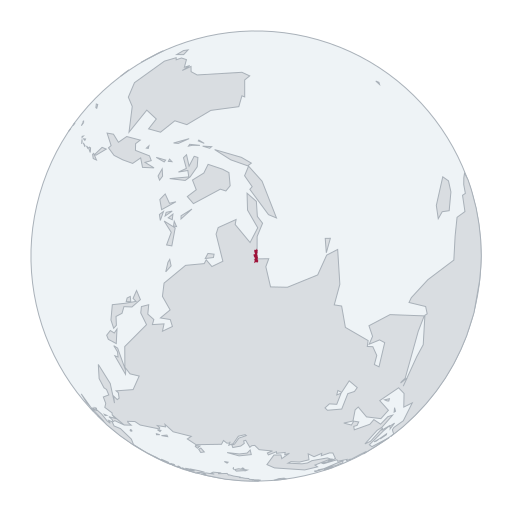 globe centered on Mon, rotated 196°
{"feature_id": "MMR-3270", "entity_name": "Mon", "entity_type": "State", "adm_level": 1, "iso_a3": "MMR", "parent_name": "Myanmar", "parent_adm1": "", "projection": "orthographic", "projection_center": [97.638, 16.295], "detail": "fine", "context": "on_globe", "style": "filled", "palette": "rose", "viewbox_px": 512, "rotation_deg": 196, "n_neighbors": 0, "source": "natural_earth", "source_scale": "10m", "svg_char_len": 12041}
<svg xmlns="http://www.w3.org/2000/svg" viewBox="0 0 512 512"><g transform="rotate(196 256 256)"><circle cx="256" cy="256" r="225" fill="#eef3f6" stroke="#a8b0b8"/><path d="M470.6,323.9L470.1,325.4L470.0,325.7L470.6,323.9ZM353.1,52.7L355.1,54.0L364.1,58.9L356.5,55.1L378.3,68.2L386.0,75.3L372.9,64.9L368.2,62.2L371.2,65.4L367.0,63.4L366.1,64.0L360.8,61.5L353.6,56.4L350.0,55.0L352.4,57.4L348.6,57.0L345.6,53.5L338.7,52.7L325.3,45.6L321.7,40.9L309.9,37.5L304.5,36.0L321.1,40.3L337.4,45.9L353.1,52.7ZM371.4,63.4L369.3,61.7L372.8,64.1L371.4,63.4ZM366.9,64.5L368.8,65.8L367.5,65.7L366.9,64.5ZM358.2,62.0L355.5,61.7L357.0,61.0L358.2,62.0ZM353.1,61.0L346.7,61.1L350.4,63.6L336.1,57.2L346.4,58.8L347.6,57.4L349.6,59.4L353.1,61.0ZM295.8,34.3L298.9,34.9L291.1,33.6L286.5,32.8L286.8,32.8L295.8,34.3ZM286.1,32.7L283.6,32.5L282.8,32.3L286.1,32.7ZM329.3,54.0L326.7,53.5L328.0,53.1L329.3,54.0ZM278.7,31.9L278.9,31.9L272.3,31.3L273.6,31.4L278.7,31.9ZM304.1,36.0L304.3,36.3L298.0,35.2L297.2,35.2L291.0,33.6L304.1,36.0ZM270.9,31.2L269.0,31.1L264.9,30.9L265.9,30.9L270.9,31.2ZM282.1,32.2L282.7,32.4L280.2,32.1L282.1,32.2ZM268.2,31.1L269.7,31.2L270.6,31.3L268.1,31.2L268.2,31.1ZM287.0,33.2L284.3,32.9L289.2,33.8L284.7,33.4L281.4,32.5L280.9,32.7L279.5,32.6L278.4,32.1L287.0,33.2ZM268.4,31.6L262.7,31.0L254.8,30.9L253.4,30.8L266.3,31.0L268.4,31.6ZM274.4,31.9L270.4,31.6L270.7,31.4L273.6,31.5L274.4,31.9ZM282.8,33.5L290.6,34.3L291.1,34.6L282.8,33.5ZM266.1,31.5L267.5,31.7L265.5,31.5L266.1,31.5ZM277.6,32.8L280.3,33.0L280.8,33.2L277.6,32.8ZM268.2,32.1L266.3,31.8L268.2,31.8L268.2,32.1ZM272.5,32.5L272.4,32.7L270.0,31.9L273.6,32.5L272.5,32.5ZM277.6,33.0L278.8,33.2L276.4,32.9L277.6,33.0ZM262.0,32.8L258.5,31.8L262.8,31.6L265.5,32.5L262.0,32.8ZM76.7,119.6L74.5,122.7L77.0,126.5L76.2,129.2L69.0,138.2L65.3,157.9L72.3,151.5L75.8,164.7L82.6,168.6L97.2,151.1L86.2,144.2L91.1,134.1L105.4,131.8L116.1,139.0L118.3,135.4L117.3,124.1L125.6,119.6L117.7,119.8L116.5,124.2L111.5,124.8L112.2,120.9L115.1,119.2L113.6,116.0L100.2,125.6L97.6,131.2L89.9,128.7L84.9,138.0L80.8,140.7L87.7,126.1L91.5,121.8L99.5,105.4L94.8,109.5L86.9,125.6L86.8,123.5L80.4,130.2L85.1,123.4L95.0,105.8L92.0,104.7L77.9,118.2L78.2,117.7L98.1,95.3L96.0,98.6L101.4,93.7L110.6,84.8L109.1,87.0L112.5,84.1L112.4,85.6L120.9,81.2L122.1,82.4L133.7,75.0L135.9,74.9L128.4,79.1L123.8,83.2L127.8,87.8L131.0,87.0L138.2,82.0L138.4,84.4L144.9,79.1L151.3,80.2L148.9,74.7L157.4,69.9L165.7,68.0L168.1,65.7L154.5,68.9L149.4,71.3L145.8,74.7L131.7,81.6L128.5,81.4L141.7,71.3L138.7,70.3L150.2,63.8L179.8,57.4L188.0,58.5L183.9,69.6L177.2,71.6L175.4,68.3L169.5,75.6L173.6,72.9L173.8,75.2L181.9,72.0L182.4,73.5L189.3,68.2L190.8,69.8L186.4,73.1L199.6,70.7L205.0,73.6L207.8,72.5L209.2,70.4L215.1,76.0L216.9,74.9L215.6,72.6L218.3,69.1L225.5,65.5L227.1,67.6L224.8,69.2L222.3,76.2L215.8,80.7L217.2,81.3L223.3,77.9L226.2,69.3L230.0,66.6L229.6,70.4L230.0,68.8L232.5,68.1L236.4,69.7L237.3,65.5L261.6,58.1L271.6,61.2L268.5,64.8L287.2,64.2L297.1,69.1L295.9,66.8L304.1,65.8L301.1,64.2L301.2,63.1L320.8,61.6L326.7,63.5L333.8,61.7L333.2,60.7L329.3,59.0L336.1,57.2L350.4,63.6L351.1,65.5L359.6,68.8L359.8,72.9L363.9,78.4L359.2,81.9L362.9,86.5L365.8,87.4L373.0,94.9L377.7,108.3L361.0,93.3L351.5,75.6L354.2,82.1L349.8,79.7L348.4,81.6L350.7,86.7L353.3,87.8L337.3,93.7L335.2,108.4L344.6,108.0L351.4,113.0L357.2,132.8L342.3,159.8L351.1,169.5L352.2,175.8L345.7,179.6L344.0,170.3L336.7,166.8L336.7,161.5L325.7,165.4L325.2,157.9L316.9,165.2L320.9,171.3L330.8,170.1L323.7,180.5L334.8,191.4L336.9,204.6L321.1,227.6L303.7,234.4L302.8,238.6L295.5,233.7L286.4,241.8L300.4,266.0L300.2,272.9L285.2,285.6L284.7,280.5L265.4,267.3L262.1,283.6L276.8,297.8L281.9,313.9L270.7,308.6L265.6,294.4L258.7,289.3L260.3,275.1L254.2,253.5L243.0,256.9L243.6,248.4L233.5,230.3L217.2,234.6L191.5,254.8L188.3,276.3L179.3,284.8L167.6,251.9L167.3,230.6L159.9,231.5L150.4,212.0L124.9,205.6L124.1,199.7L118.7,201.0L112.5,193.7L112.3,184.3L107.2,183.4L108.4,208.2L114.1,209.4L122.9,202.4L121.8,210.9L128.2,220.1L111.0,236.6L77.8,244.8L79.3,228.3L78.9,179.6L81.5,175.3L81.7,174.7L82.0,173.7L77.1,180.5L78.6,171.4L73.7,203.6L70.8,216.8L77.3,245.6L75.5,247.6L79.0,254.2L96.1,253.5L95.2,258.8L84.2,280.7L64.7,306.6L70.1,330.1L73.4,348.6L67.4,356.3L74.2,371.3L72.0,373.9L76.0,381.9L77.8,388.5L78.4,393.1L73.2,387.7L68.7,381.2L67.5,379.4L65.8,376.7L57.6,362.8L50.5,348.3L44.4,333.4L39.4,318.0L36.9,307.6L34.3,294.3L30.8,261.5L31.2,246.8L31.5,239.0L31.4,238.2L33.3,222.2L36.2,206.4L40.3,190.8L45.5,175.6L51.8,160.8L59.1,146.5L67.4,132.7L76.7,119.6ZM122.4,157.4L132.0,161.7L136.1,148.5L140.2,149.3L140.1,144.7L136.4,147.5L137.5,135.7L144.7,134.1L147.8,129.0L144.8,127.4L131.4,132.5L129.8,149.0L124.0,152.9L122.4,157.4ZM131.7,69.1L128.9,71.4L124.7,74.0L123.3,74.2L129.2,70.2L131.7,69.1ZM125.8,74.3L139.3,65.2L140.8,65.3L137.6,66.6L137.3,67.6L132.2,70.2L120.3,79.9L115.9,83.0L115.6,80.6L118.1,79.4L120.8,76.9L125.8,74.3ZM171.2,47.6L177.1,45.2L172.6,48.3L167.7,50.2L165.9,50.0L170.7,47.7L171.2,47.6ZM261.6,30.8L259.8,30.8L261.6,30.8ZM256.1,30.7L255.9,30.7L256.1,30.7ZM224.4,32.9L224.7,32.9L233.3,32.2L243.0,31.4L246.4,31.4L242.8,31.7L248.6,31.5L244.1,32.3L246.4,32.5L244.3,33.7L236.0,34.8L239.2,35.0L237.7,36.4L230.9,37.7L232.4,36.3L223.9,39.0L222.0,37.9L221.1,38.3L217.0,38.3L210.4,39.1L210.6,38.5L208.0,39.1L205.2,39.3L201.7,40.1L200.7,39.5L196.3,40.5L198.3,39.7L191.0,41.7L196.0,40.0L192.8,40.6L189.7,41.9L191.8,40.1L208.0,35.9L224.4,32.9ZM261.1,33.1L251.6,33.9L245.9,34.0L252.0,31.9L250.6,31.6L254.3,30.9L262.5,31.1L260.7,31.2L260.9,31.4L258.2,31.2L260.4,31.5L258.0,31.8L259.0,32.2L255.7,32.3L261.1,33.1ZM79.4,126.8L79.6,128.1L80.7,129.0L76.7,133.6L79.4,126.8ZM85.9,114.7L86.6,114.8L81.5,121.1L81.4,120.1L85.9,114.7ZM91.3,109.9L87.0,114.4L89.3,111.3L91.3,109.9ZM129.5,79.2L130.8,79.4L129.3,80.7L126.5,82.1L129.5,79.2ZM205.3,47.9L207.1,46.5L208.5,46.3L215.6,43.8L217.6,44.8L214.1,46.7L205.3,47.9ZM92.8,153.2L88.4,155.6L88.4,153.2L90.0,152.8L92.8,153.2ZM80.2,144.0L81.0,148.4L79.1,145.2L80.2,144.0ZM208.7,48.5L211.3,47.2L210.7,48.5L208.7,48.5ZM219.4,45.4L219.4,46.7L218.7,44.6L219.4,45.4ZM184.5,454.9L189.1,457.2L185.7,456.8L184.5,454.9ZM96.6,354.3L98.3,383.6L91.7,381.3L86.3,371.3L82.8,352.8L89.2,349.9L91.1,342.1L96.6,354.3ZM336.8,350.0L343.2,350.7L342.9,351.7L336.8,350.0ZM330.2,346.8L337.6,346.9L328.8,348.9L330.2,346.8ZM340.4,346.9L347.9,344.8L351.2,343.0L350.5,345.1L340.4,346.9ZM325.1,346.9L297.2,346.8L286.1,344.0L288.8,340.4L306.8,341.5L325.1,346.9ZM287.9,340.3L270.8,329.6L246.8,298.2L255.4,299.2L280.3,318.4L278.8,321.6L289.1,330.0L287.9,340.3ZM329.0,321.4L327.3,330.9L312.0,330.2L305.0,328.7L300.2,316.4L302.9,310.2L308.7,310.4L330.6,289.1L338.4,294.2L331.7,303.2L338.0,311.5L329.0,321.4ZM189.3,278.5L194.3,292.0L189.4,293.5L189.3,278.5ZM339.1,274.0L330.5,283.5L338.3,270.9L339.1,274.0ZM343.5,262.1L344.2,266.9L340.5,262.4L343.5,262.1ZM302.9,245.2L296.8,246.2L296.5,242.8L304.1,239.6L302.9,245.2ZM338.4,215.9L338.9,225.7L338.0,229.0L334.9,223.1L338.4,215.9ZM229.6,59.1L217.5,61.1L210.2,64.1L208.1,67.9L205.8,63.8L217.2,59.2L229.6,59.1ZM257.5,57.8L259.2,55.1L261.9,56.2L261.9,57.0L257.5,57.8ZM256.1,56.2L251.7,53.4L255.0,51.9L257.8,54.4L256.1,56.2ZM229.8,49.7L226.0,50.1L226.7,48.9L229.8,49.7ZM405.3,424.7L401.6,427.8L419.9,410.5L405.3,424.7ZM378.1,435.4L381.1,429.6L387.7,427.8L382.3,433.5L378.1,435.4ZM429.3,400.0L430.5,398.5L435.7,391.5L432.0,396.7L429.3,400.0ZM362.5,413.8L320.2,428.7L311.7,427.4L315.4,422.1L310.7,405.8L313.7,406.1L313.7,394.8L339.6,383.5L358.7,363.2L371.3,363.6L381.9,348.7L394.3,348.6L389.6,360.2L401.2,366.1L412.2,340.0L416.2,365.7L422.5,373.5L420.6,389.1L397.7,418.1L387.4,424.6L386.8,422.6L382.2,425.8L377.0,425.6L376.9,417.7L372.2,420.8L378.0,414.0L370.7,420.3L369.2,415.3L362.5,413.8ZM449.8,354.1L450.8,354.4L451.4,358.1L449.9,358.0L449.8,354.1ZM467.7,331.0L467.4,332.8L466.6,334.1L467.7,331.0ZM470.0,325.7L469.2,327.4L470.6,323.9L470.0,325.7ZM459.1,336.4L459.3,337.8L458.7,338.6L459.1,336.4ZM458.7,336.1L459.8,333.1L459.3,335.8L458.7,336.1ZM455.0,323.7L455.9,322.1L456.1,323.1L455.0,323.7ZM352.6,350.4L361.7,342.8L366.4,341.9L352.6,350.4ZM454.1,321.1L452.1,321.5L452.4,320.0L454.1,321.1ZM454.6,317.7L454.5,315.7L455.4,320.2L454.6,317.7ZM450.9,314.2L453.2,317.2L450.6,314.7L450.9,314.2ZM449.3,315.1L447.5,313.9L447.6,313.3L449.3,315.1ZM425.7,322.2L433.0,333.1L426.6,333.8L419.6,327.4L413.2,335.2L399.2,335.5L402.7,330.8L401.0,324.3L386.0,322.9L383.0,318.8L388.5,315.4L378.3,312.6L389.5,309.9L393.9,318.5L400.1,311.0L410.5,311.7L420.2,313.6L427.6,319.3L425.7,322.2ZM389.2,329.7L391.1,329.5L389.3,332.4L389.2,329.7ZM443.9,309.8L446.6,313.6L446.2,314.7L444.8,314.3L443.9,309.8ZM429.4,317.5L437.5,308.9L439.3,308.7L433.9,318.0L429.4,317.5ZM435.8,304.3L439.3,304.8L441.1,308.7L440.3,309.9L435.8,304.3ZM366.3,322.8L365.8,325.3L362.8,323.5L366.3,322.8ZM370.2,321.1L379.1,323.3L369.3,323.3L370.2,321.1ZM342.4,313.5L345.1,319.4L353.7,315.3L347.1,321.0L352.8,330.5L350.7,334.2L345.1,323.9L342.9,334.8L339.0,334.7L337.1,325.5L341.1,313.9L344.9,309.1L360.3,306.6L342.4,313.5ZM370.2,313.9L367.8,307.0L369.6,302.3L372.2,305.9L370.2,313.9ZM360.4,290.6L353.7,282.8L347.9,286.1L359.5,274.5L364.0,283.8L360.4,290.6ZM354.4,273.2L348.9,276.1L354.4,269.4L354.4,273.2ZM347.4,273.4L346.5,267.8L350.9,268.5L347.4,273.4ZM357.2,273.3L357.8,263.8L360.3,269.3L357.2,273.3ZM344.0,255.4L353.9,264.3L341.4,260.7L339.7,242.5L345.0,242.0L344.0,255.4ZM365.7,182.5L363.8,177.6L368.2,176.4L368.3,180.1L365.7,182.5ZM380.7,169.6L368.7,174.5L358.8,179.3L362.5,181.4L361.3,189.9L355.1,182.2L361.2,172.8L369.0,170.9L369.0,164.0L373.9,159.3L371.1,150.9L372.9,147.3L377.8,154.5L380.7,169.6ZM369.5,147.5L366.2,133.3L375.0,135.2L377.7,138.7L375.5,144.2L371.0,142.9L369.5,147.5ZM368.0,130.6L363.6,129.3L349.6,109.8L348.8,106.3L364.2,121.2L360.8,120.9L362.7,125.7L368.0,130.6ZM328.1,54.6L326.8,53.6L329.3,54.5L328.1,54.6ZM299.3,62.2L299.8,60.8L302.8,61.7L299.3,62.2ZM302.8,57.7L299.2,57.7L302.4,56.8L302.8,57.7ZM291.1,58.0L297.4,57.3L292.3,59.3L291.1,58.0Z" fill="#d9dde1" stroke="#a8b0b8" stroke-width="1"/><path d="M258.2,260.2L258.0,260.3L258.1,260.5L258.0,260.8L258.2,261.0L257.9,261.1L257.7,261.0L257.5,260.7L257.4,260.7L257.3,260.8L257.0,260.8L256.9,261.0L256.8,261.3L256.7,261.4L256.7,261.5L256.6,261.4L256.7,261.2L256.6,260.9L256.7,260.7L256.6,260.4L256.5,260.2L256.4,260.0L256.4,259.9L256.3,259.7L256.5,259.5L256.6,259.4L256.5,259.2L256.4,258.7L256.4,258.4L256.4,258.2L256.3,257.8L256.3,257.7L256.2,257.5L256.0,257.4L255.9,257.2L255.7,256.9L255.8,256.8L255.9,256.7L256.0,256.2L256.0,255.9L255.9,255.6L256.0,255.4L256.1,255.2L256.4,255.0L256.6,255.1L256.8,255.0L256.9,255.3L257.0,255.3L257.1,255.5L257.3,255.5L257.4,255.8L257.5,255.9L257.6,256.0L257.7,256.3L257.8,256.3L257.9,256.5L257.7,256.6L257.4,256.6L257.2,256.6L256.9,256.6L256.7,256.6L256.8,256.8L256.9,257.0L256.8,257.3L256.7,257.5L256.8,257.7L256.8,257.8L256.9,258.0L256.9,258.3L257.0,258.5L257.3,258.8L257.4,259.0L257.5,259.1L257.7,259.4L257.8,259.5L257.9,259.8L258.0,259.8L258.1,260.0L258.2,260.2ZM256.2,254.9L256.1,255.0L255.9,255.1L255.7,255.0L255.4,255.1L255.2,255.1L255.0,255.3L254.9,254.7L254.7,254.6L254.6,254.4L254.5,254.1L254.5,253.9L254.5,253.7L254.4,253.8L254.4,253.7L254.3,253.4L254.3,253.2L254.2,253.0L254.2,252.9L254.3,252.8L254.5,252.9L254.4,252.7L254.2,252.7L254.2,252.8L254.0,252.7L253.9,252.5L253.9,252.4L253.9,252.2L253.7,252.2L253.2,251.7L253.2,251.4L253.2,251.0L253.2,250.9L253.3,250.8L253.5,250.8L253.7,251.0L253.8,251.0L254.0,251.1L254.0,251.3L254.4,251.2L254.5,251.1L254.6,250.9L254.8,250.9L254.9,250.7L255.0,250.6L255.2,250.4L255.2,250.5L255.1,251.0L255.3,251.1L255.3,251.4L255.3,251.5L255.4,251.8L255.5,251.9L255.6,252.0L255.6,252.4L255.5,252.5L255.6,252.8L255.4,252.9L255.4,253.0L255.5,253.0L255.4,253.1L255.4,253.3L255.5,253.4L255.5,253.5L255.5,253.8L255.6,254.0L255.7,254.3L255.8,254.5L256.0,254.6L256.1,254.8L256.2,254.9ZM255.8,255.5L255.8,255.8L255.7,256.0L255.7,256.3L255.5,256.2L255.3,256.0L255.4,255.9L255.4,255.7L255.3,255.4L255.4,255.2L255.5,255.2L255.8,255.2L255.9,255.3L255.8,255.5ZM256.1,258.9L256.1,259.0L256.0,258.8L256.1,258.9Z" fill="#f43f5e" stroke="#9f1239" stroke-width="1.5"/></g></svg>